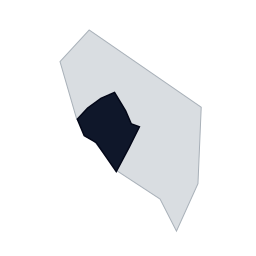 Saint John highlighted on a map of Grenada, rotated 298°
{"feature_id": "GRD-5073", "entity_name": "Saint John", "entity_type": "Parish", "adm_level": 1, "iso_a3": "GRD", "parent_name": "Grenada", "parent_adm1": "", "projection": "orthographic", "projection_center": [-61.707, 12.147], "detail": "fine", "context": "in_parent", "style": "filled", "palette": "ink", "viewbox_px": 256, "rotation_deg": 298, "n_neighbors": 0, "source": "natural_earth", "source_scale": "10m", "svg_char_len": 472}
<svg xmlns="http://www.w3.org/2000/svg" viewBox="0 0 256 256"><g transform="rotate(298 128 128)"><path d="M111.7,215.9L59.7,219.2L80.3,189.7L84.9,139.4L112.1,78.2L154.7,36.8L196.3,47.7L180.7,182.9L111.7,215.9Z" fill="#d9dde1" stroke="#a8b0b8" stroke-width="1"/><path d="M84.0,138.1L100.2,106.8L100.7,92.9L112.0,79.1L126.7,83.0L141.5,90.2L153.1,99.4L142.1,117.8L133.2,128.9L134.4,137.5L111.3,138.1L84.0,138.1Z" fill="#0f172a" stroke="#020617" stroke-width="1.5"/></g></svg>